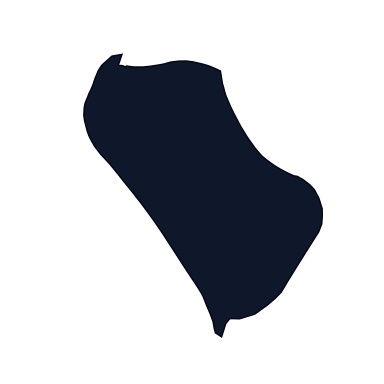 Lagos Island, Nigeria, rotated 22°
{"feature_id": "59680162B72688390978538", "entity_name": "Lagos Island", "entity_type": "district", "adm_level": 2, "iso_a3": "NGA", "parent_name": "Nigeria", "parent_adm1": "", "projection": "mercator", "projection_center": [3.394, 6.453], "detail": "fine", "context": "isolated", "style": "filled", "palette": "ink", "viewbox_px": 384, "rotation_deg": 22, "n_neighbors": 0, "source": "geoboundaries", "source_scale": "gbopen_adm2", "svg_char_len": 1482}
<svg xmlns="http://www.w3.org/2000/svg" viewBox="0 0 384 384"><g transform="rotate(22 192 192)"><path d="M273.7,315.2L272.6,301.5L274.2,296.0L275.1,294.9L283.6,291.7L295.9,281.7L304.2,268.6L309.0,259.3L312.2,251.6L313.8,241.0L317.0,222.2L320.8,200.8L324.4,181.3L324.2,172.9L321.6,165.0L318.9,158.7L311.8,150.1L304.5,144.0L298.4,141.2L290.6,139.0L283.9,138.1L280.2,138.9L272.3,138.5L264.9,137.7L258.9,136.7L254.4,135.7L248.7,134.2L246.3,133.4L245.9,133.3L243.3,132.5L241.1,131.4L239.3,130.5L234.2,127.8L233.9,127.6L225.7,122.4L221.8,119.8L214.7,114.5L212.4,112.8L200.9,103.1L196.1,98.7L191.3,94.1L190.1,92.7L187.9,90.7L184.8,86.9L182.2,83.4L179.6,80.1L175.9,74.0L173.0,69.2L167.3,68.9L161.2,68.8L157.0,69.1L152.8,69.6L143.7,71.1L137.6,72.7L130.8,75.6L123.5,79.6L118.2,83.8L117.6,84.1L115.1,85.8L110.9,88.3L106.2,91.1L100.1,94.3L92.3,97.5L90.2,98.2L84.2,99.7L83.3,100.9L79.6,101.0L76.2,102.4L75.5,90.7L66.9,96.0L60.9,108.3L59.7,114.6L59.6,123.0L60.0,128.7L60.0,133.2L59.6,139.3L59.7,143.0L59.6,149.5L60.6,154.5L63.0,161.4L65.8,166.3L71.9,174.5L75.2,178.3L80.2,182.7L82.4,184.2L82.5,184.5L84.8,186.2L87.3,187.7L93.1,191.1L97.2,193.0L105.2,196.8L117.8,203.7L125.6,208.2L135.9,213.9L149.8,221.9L162.0,229.4L170.7,235.0L179.8,241.1L191.1,249.0L217.9,267.8L219.9,269.1L223.7,271.8L229.9,276.0L235.0,279.6L238.5,282.2L240.9,284.2L242.0,285.2L248.3,291.9L255.0,298.6L260.2,304.4L261.9,307.1L263.6,310.0L266.5,313.8L273.7,315.2Z" fill="#0f172a" stroke="#020617" stroke-width="1.5"/></g></svg>